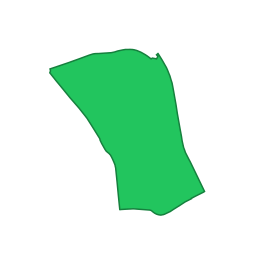 the district of Al Wayli, Al Qahirah, Egypt, rotated 108°
{"feature_id": "37247803B46837021628067", "entity_name": "Al Wayli", "entity_type": "district", "adm_level": 2, "iso_a3": "EGY", "parent_name": "Egypt", "parent_adm1": "Al Qahirah", "projection": "natural_earth1", "projection_center": [31.288, 30.072], "detail": "fine", "context": "isolated", "style": "filled", "palette": "green", "viewbox_px": 256, "rotation_deg": 108, "n_neighbors": 0, "source": "geoboundaries", "source_scale": "gbopen_adm2", "svg_char_len": 2177}
<svg xmlns="http://www.w3.org/2000/svg" viewBox="0 0 256 256"><g transform="rotate(108 128 128)"><path d="M175.6,45.8L175.3,46.0L172.0,42.8L165.6,36.3L165.1,35.9L164.7,35.6L162.4,37.8L150.6,49.1L140.8,58.5L139.3,60.1L136.0,63.4L135.9,63.5L133.5,65.9L131.3,67.5L129.5,69.0L126.8,70.6L123.4,72.6L119.4,74.6L112.6,78.3L99.1,85.5L93.5,88.3L91.3,89.4L85.5,92.5L80.6,95.1L75.4,97.9L71.6,100.0L68.7,102.1L65.6,104.2L63.6,105.9L60.1,108.8L59.7,109.2L58.6,110.2L56.9,112.1L52.8,116.6L48.0,122.3L47.9,122.5L49.6,123.5L50.6,121.7L53.4,122.2L54.0,126.5L55.1,127.4L53.5,132.2L52.9,134.4L52.9,134.7L52.8,134.9L52.2,137.8L51.9,139.4L51.9,139.7L51.9,139.9L51.8,140.4L51.8,140.9L51.7,141.4L51.7,141.9L51.7,142.3L51.6,142.8L51.6,143.3L51.6,143.8L51.6,144.3L51.6,144.8L51.7,145.3L51.7,146.1L51.8,146.5L51.8,146.9L51.9,147.3L51.9,147.6L52.0,148.0L52.1,148.4L52.2,148.8L52.3,149.1L52.4,149.5L52.5,149.9L52.6,150.2L52.8,150.8L53.6,153.1L54.1,154.7L55.4,157.2L58.0,161.7L59.9,164.3L61.6,167.3L63.2,171.3L63.9,173.1L66.2,178.8L67.4,182.2L68.4,184.2L70.6,187.3L78.0,196.7L84.8,205.5L95.9,220.4L97.6,219.4L99.7,219.4L105.4,210.8L108.5,205.9L117.2,192.4L124.3,180.6L131.4,170.0L137.7,162.4L146.8,151.6L148.4,150.6L150.9,148.2L155.5,143.2L156.8,141.5L157.2,140.5L157.6,139.6L157.7,139.2L157.8,138.9L158.3,137.8L158.7,137.2L159.0,136.5L160.4,135.0L162.1,133.3L165.0,130.7L167.2,128.9L168.5,128.2L169.8,127.4L181.8,122.1L195.2,116.3L207.7,110.8L208.1,110.6L208.0,110.2L207.9,109.9L207.6,109.3L205.5,104.0L203.6,98.9L203.4,98.6L203.3,98.2L203.2,97.9L203.1,97.5L199.4,82.3L199.3,81.9L199.3,81.6L199.3,81.3L199.3,81.0L199.3,80.7L199.3,80.4L199.4,80.2L199.5,79.9L199.6,79.6L199.8,79.1L200.0,78.6L200.2,78.1L200.3,77.8L200.5,77.2L200.6,76.8L200.8,76.2L200.9,75.4L201.0,75.1L201.0,74.8L201.1,74.4L201.1,74.1L201.1,73.6L201.1,73.2L201.1,72.8L201.1,72.4L201.0,72.0L201.0,71.7L201.0,71.3L200.9,71.0L200.8,70.7L200.8,70.4L200.7,70.1L200.6,69.8L200.5,69.5L200.3,69.2L199.8,68.3L199.6,67.9L199.4,67.5L199.1,67.2L198.9,66.9L198.7,66.6L198.4,66.3L196.9,64.7L195.3,63.0L194.9,62.6L194.5,62.1L191.8,60.0L185.2,54.5L180.7,50.9L178.1,48.3L176.7,46.9L175.6,45.8Z" fill="#22c55e" stroke="#15803d" stroke-width="1.5"/></g></svg>